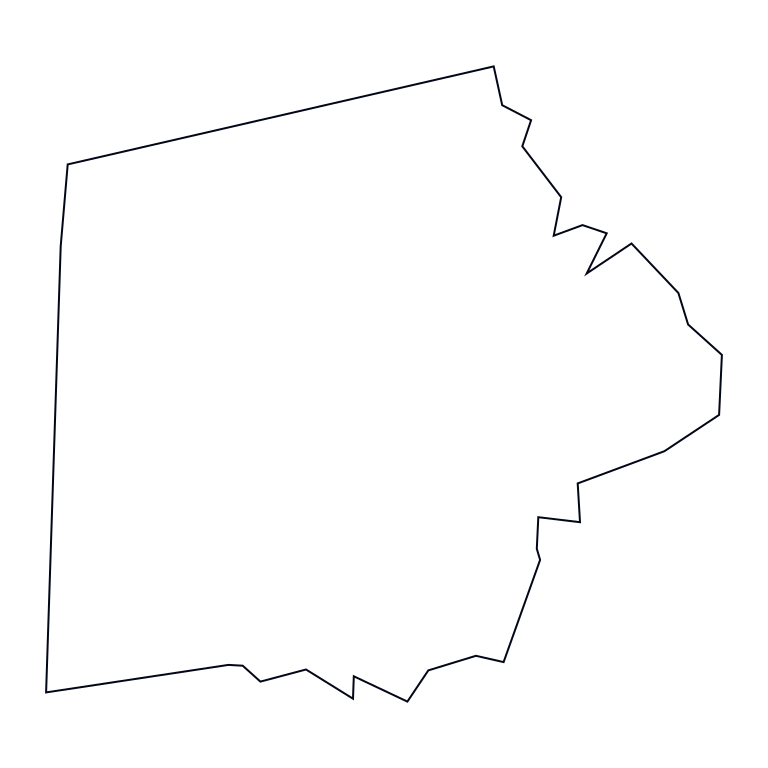 the district of Putnam, Georgia, United States of America
{"feature_id": "52423323B84138230189423", "entity_name": "Putnam", "entity_type": "district", "adm_level": 2, "iso_a3": "USA", "parent_name": "United States of America", "parent_adm1": "Georgia", "projection": "albers", "projection_center": [-83.3, 33.326], "detail": "fine", "context": "isolated", "style": "outline", "palette": "ink", "viewbox_px": 768, "rotation_deg": 0, "n_neighbors": 0, "source": "geoboundaries", "source_scale": "gbopen_adm2", "svg_char_len": 530}
<svg xmlns="http://www.w3.org/2000/svg" viewBox="0 0 768 768"><path d="M67.7,164.4L60.7,246.2L46.1,692.4L228.4,664.9L242.7,665.7L260.4,681.6L306.0,669.5L353.0,698.7L353.8,676.3L407.4,701.6L428.3,670.4L475.9,655.8L503.6,662.1L540.1,559.9L536.8,548.8L538.3,517.2L580.0,522.2L577.7,483.4L664.4,451.2L719.1,414.9L721.9,354.9L688.1,324.5L678.4,293.0L631.5,243.5L586.7,273.5L606.7,233.3L582.5,225.1L553.7,235.7L561.2,197.2L522.3,146.3L531.1,120.2L502.2,105.2L493.7,66.4L67.7,164.4Z" fill="none" stroke="#020617" stroke-width="2"/></svg>